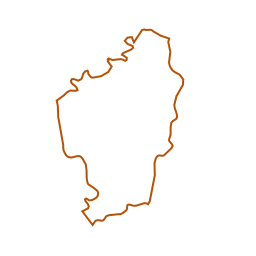 map outline of Piacenza (Natural Earth projection), rotated 324°
{"feature_id": "ITA-5361", "entity_name": "Piacenza", "entity_type": "Province", "adm_level": 1, "iso_a3": "ITA", "parent_name": "Italy", "parent_adm1": "", "projection": "natural_earth1", "projection_center": [9.564, 44.845], "detail": "fine", "context": "isolated", "style": "outline", "palette": "amber", "viewbox_px": 256, "rotation_deg": 324, "n_neighbors": 0, "source": "natural_earth", "source_scale": "10m", "svg_char_len": 2149}
<svg xmlns="http://www.w3.org/2000/svg" viewBox="0 0 256 256"><g transform="rotate(324 128 128)"><path d="M213.9,79.8L211.1,82.1L207.0,91.3L199.7,99.1L198.6,101.5L197.9,104.2L197.9,107.6L198.7,110.2L201.1,115.2L201.2,121.2L197.8,125.4L185.8,130.8L179.1,136.5L177.6,139.2L175.6,145.5L174.1,148.0L172.2,149.0L168.1,148.7L166.2,149.2L163.3,152.0L158.4,158.6L154.8,161.1L153.7,162.6L154.0,167.1L153.5,168.9L151.2,169.9L141.0,171.3L139.7,170.8L137.3,168.7L136.0,168.1L134.1,168.3L132.1,169.3L128.6,172.3L121.9,182.0L102.6,200.0L99.4,201.4L99.2,200.5L97.2,198.5L89.4,195.8L87.7,194.9L86.4,193.7L84.1,190.7L82.9,190.1L82.0,190.2L81.4,190.7L79.8,192.8L78.7,193.4L77.0,193.7L73.5,193.7L71.8,193.4L70.6,192.9L69.9,192.3L61.9,187.7L59.7,186.8L58.1,186.7L56.1,187.6L54.4,188.1L53.3,188.1L52.4,187.7L50.8,186.0L49.2,184.7L48.0,184.2L46.8,184.1L44.8,184.7L42.4,185.7L42.1,168.6L48.3,169.5L50.2,168.4L50.7,166.5L50.8,165.5L50.7,163.2L50.7,162.1L51.2,160.6L52.0,160.2L52.6,160.4L53.1,161.2L54.1,163.7L55.1,164.5L56.6,165.2L60.1,165.7L61.9,165.7L63.4,165.2L64.3,164.5L65.5,163.3L66.0,162.2L66.2,161.1L66.1,160.1L65.1,156.4L63.2,151.3L62.9,150.4L62.8,149.5L63.6,147.3L65.1,144.3L69.7,137.7L72.5,132.5L73.2,126.1L73.1,125.0L73.0,124.0L72.7,123.1L72.3,122.4L71.7,121.8L70.2,120.8L66.6,119.4L64.9,118.6L64.2,118.1L63.0,116.9L62.6,116.2L62.2,115.1L62.0,113.6L62.2,110.9L62.5,109.3L62.9,107.9L64.0,105.9L65.6,103.7L78.1,77.9L84.2,68.9L85.0,67.2L86.4,63.9L95.3,63.9L99.5,63.3L101.3,63.4L103.5,63.9L107.4,67.1L109.4,67.7L110.2,64.8L109.8,62.5L109.1,60.2L108.8,58.1L109.5,56.3L110.2,56.0L111.5,55.5L113.2,56.9L115.6,60.5L118.9,61.0L121.4,59.6L123.7,57.8L126.5,57.1L128.8,57.7L129.0,58.7L128.2,59.9L127.7,61.3L127.8,64.5L128.1,65.7L130.5,67.3L136.9,70.3L145.0,71.1L150.9,68.7L150.8,62.2L151.4,61.8L151.8,61.9L152.0,61.7L152.0,60.5L153.3,60.5L155.3,63.8L162.6,68.0L164.2,70.0L165.1,72.0L166.9,72.1L168.2,70.7L167.5,68.2L166.2,65.1L167.9,64.5L176.2,66.3L179.2,66.2L179.9,64.4L177.0,59.7L176.6,55.6L180.7,54.6L184.5,56.7L183.1,62.2L197.0,57.0L199.3,58.0L200.1,59.3L203.9,61.7L204.8,63.0L205.3,64.9L208.8,72.7L213.9,79.8Z" fill="none" stroke="#b45309" stroke-width="2"/></g></svg>